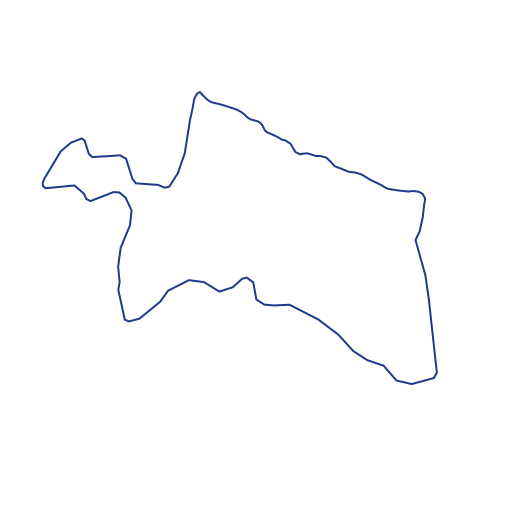 San Juan Bautista, Suchitepéquez, Guatemala (Mercator projection), rotated 251°
{"feature_id": "79465075B53380304625786", "entity_name": "San Juan Bautista", "entity_type": "district", "adm_level": 2, "iso_a3": "GTM", "parent_name": "Guatemala", "parent_adm1": "Suchitepéquez", "projection": "mercator", "projection_center": [-91.188, 14.433], "detail": "fine", "context": "isolated", "style": "outline", "palette": "blue", "viewbox_px": 512, "rotation_deg": 251, "n_neighbors": 0, "source": "geoboundaries", "source_scale": "gbopen_adm2", "svg_char_len": 1682}
<svg xmlns="http://www.w3.org/2000/svg" viewBox="0 0 512 512"><g transform="rotate(251 256 256)"><path d="M238.6,111.2L235.5,114.6L234.7,125.3L243.9,150.4L251.8,161.5L255.0,184.7L248.3,198.2L234.3,209.8L234.0,224.0L239.0,235.5L238.6,240.2L231.9,244.8L214.7,242.2L207.4,248.0L203.5,256.6L199.0,271.8L175.6,294.3L154.7,308.3L134.3,317.1L121.4,327.2L110.8,340.9L92.5,348.3L84.2,361.6L82.7,384.5L86.8,389.0L158.7,405.3L182.9,409.9L219.1,412.0L226.2,418.9L238.4,426.3L249.8,431.7L254.0,434.1L256.2,434.6L260.5,433.7L263.5,431.1L265.2,428.1L266.5,425.0L267.3,421.2L269.1,417.2L271.6,412.0L275.3,404.8L277.5,401.5L282.7,397.1L291.0,388.7L296.2,384.5L298.9,382.1L302.3,377.5L305.3,371.4L315.5,359.4L319.9,357.7L326.2,354.5L329.5,349.4L331.1,345.1L333.7,341.7L336.2,338.3L337.4,334.1L337.8,330.7L341.5,327.1L346.9,326.0L350.7,325.3L355.6,321.5L357.5,318.5L361.4,315.2L364.1,312.5L366.8,309.6L369.2,306.9L372.0,305.3L377.2,304.6L380.1,303.6L382.3,302.0L384.8,298.5L387.0,295.3L390.4,292.6L392.9,291.5L395.2,290.1L397.3,288.6L399.4,286.7L401.2,284.8L403.3,282.1L406.3,278.1L408.3,275.5L409.9,273.1L411.6,270.8L413.3,268.0L414.7,265.8L416.2,263.7L418.2,261.9L420.4,260.4L424.6,258.4L429.3,256.3L428.7,253.0L424.5,248.7L414.2,242.9L406.0,237.8L376.5,222.2L359.9,209.2L349.8,196.6L350.3,191.9L355.1,186.6L363.8,166.1L369.3,164.3L390.3,164.8L395.4,160.3L402.8,133.4L406.9,131.2L421.0,131.5L423.9,129.5L423.4,117.9L418.5,105.4L398.5,81.6L394.5,78.1L391.4,77.4L388.6,79.0L381.8,107.3L370.9,113.6L365.0,114.1L361.8,117.5L362.8,142.1L360.6,147.5L353.5,151.7L339.6,153.2L326.0,146.8L307.8,130.7L290.6,122.1L275.8,118.6L268.8,114.8L238.6,111.2Z" fill="none" stroke="#1e3a8a" stroke-width="2"/></g></svg>